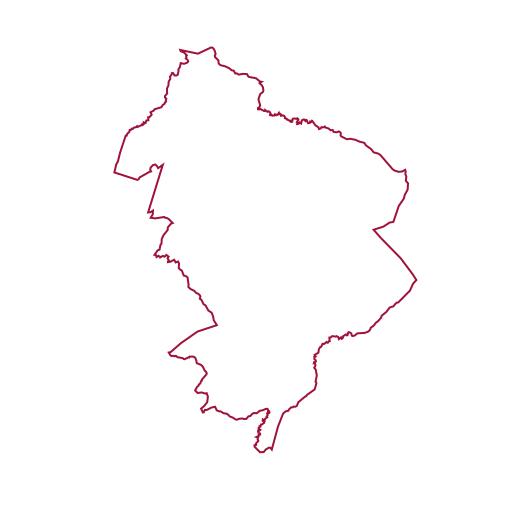 outline of Mpohor, Western, Ghana, rotated 107°
{"feature_id": "2480657B89256099008264", "entity_name": "Mpohor", "entity_type": "district", "adm_level": 2, "iso_a3": "GHA", "parent_name": "Ghana", "parent_adm1": "Western", "projection": "orthographic", "projection_center": [-1.858, 5.058], "detail": "fine", "context": "isolated", "style": "outline", "palette": "rose", "viewbox_px": 512, "rotation_deg": 107, "n_neighbors": 0, "source": "geoboundaries", "source_scale": "gbopen_adm2", "svg_char_len": 6095}
<svg xmlns="http://www.w3.org/2000/svg" viewBox="0 0 512 512"><g transform="rotate(107 256 256)"><path d="M437.4,202.1L438.8,201.6L442.5,194.8L441.2,191.3L438.1,190.0L435.5,187.6L435.2,186.1L436.5,184.3L412.8,185.1L398.8,184.0L396.1,182.4L394.5,179.8L393.3,179.7L390.5,178.2L390.0,176.7L389.0,176.0L388.6,174.2L387.3,173.1L383.5,172.8L376.3,168.1L375.4,167.0L374.0,166.7L366.5,160.9L360.5,161.0L359.6,161.2L358.8,162.3L352.6,162.9L347.3,165.6L345.8,167.7L344.1,167.1L342.5,167.4L341.4,168.4L341.7,169.3L340.4,169.3L340.2,168.3L339.3,167.9L338.2,168.5L337.6,169.9L335.7,170.7L334.9,169.8L334.7,170.5L334.1,170.2L333.4,171.0L330.3,168.1L326.8,168.6L324.3,168.0L323.7,167.1L320.5,166.7L320.3,165.3L317.6,163.4L318.1,162.4L317.7,161.8L315.6,161.2L315.6,160.7L312.6,162.0L312.2,160.9L310.4,159.8L309.7,156.0L309.1,155.5L309.4,153.7L311.3,152.4L308.9,150.9L310.1,149.8L309.8,149.5L308.8,149.0L307.2,149.2L304.7,147.1L304.6,146.6L305.3,145.9L305.0,145.3L302.2,145.5L301.6,144.9L302.1,142.3L304.1,141.1L304.3,140.2L303.2,138.3L300.3,136.4L297.7,129.4L295.1,126.2L293.0,125.3L291.0,125.3L288.3,123.1L284.9,121.9L282.2,120.0L278.3,118.3L276.4,118.4L271.4,115.0L266.2,113.1L263.9,109.8L261.6,109.0L259.6,107.9L258.8,106.4L244.2,98.7L236.5,97.7L232.1,95.6L227.6,100.9L215.9,116.9L202.2,142.0L196.5,151.2L190.7,142.8L185.0,138.0L183.2,134.6L166.4,134.1L157.8,131.4L153.9,131.6L148.2,130.4L142.1,131.8L140.3,134.7L136.0,135.5L133.9,137.2L131.4,137.6L130.0,138.5L132.5,141.0L133.8,144.2L133.8,148.3L133.1,150.7L122.9,166.8L122.3,169.5L122.5,173.8L120.2,177.0L117.9,183.6L116.1,185.4L116.4,190.2L115.8,195.0L116.4,200.4L117.8,203.2L116.7,209.4L116.1,210.3L113.6,210.9L113.1,211.4L112.7,213.3L114.2,215.1L114.6,218.2L113.1,219.4L113.9,221.5L112.8,224.0L112.8,227.5L112.1,228.0L113.4,229.4L113.6,231.0L115.2,231.5L116.2,232.9L114.7,233.9L113.7,237.3L110.5,241.5L111.1,241.9L110.7,242.3L111.8,242.8L111.7,243.5L112.8,243.3L113.8,245.0L111.1,247.4L111.3,248.1L112.4,248.3L111.3,250.1L112.8,251.8L116.1,251.6L115.5,253.4L117.1,253.9L117.8,255.2L116.2,255.4L116.0,256.1L113.9,255.4L113.3,256.2L112.8,255.7L112.2,256.7L113.1,258.0L113.2,259.5L114.1,261.0L117.0,260.6L117.4,261.3L116.6,262.2L117.3,262.4L116.2,265.7L116.5,266.0L115.9,266.8L115.8,268.6L115.0,268.6L113.8,270.0L113.6,271.2L114.6,273.0L113.3,273.6L113.0,274.5L113.6,274.6L113.6,275.4L112.6,276.0L114.7,276.6L114.9,277.8L115.5,278.0L115.2,278.8L115.8,279.2L115.4,279.5L116.3,279.8L117.0,281.4L116.4,282.5L117.1,283.0L117.1,283.8L115.2,284.0L114.0,285.4L114.0,286.6L114.8,287.2L113.7,290.0L114.7,289.9L115.0,290.5L114.0,295.7L114.9,295.9L115.1,297.0L114.0,297.4L114.1,297.9L112.8,296.2L110.6,296.1L105.8,299.3L104.3,299.5L99.9,299.3L97.1,297.3L95.6,297.3L92.6,298.7L91.0,300.5L89.6,303.2L87.8,301.7L88.0,303.0L86.0,308.0L86.8,315.0L86.4,316.1L84.7,317.7L85.6,321.7L87.6,325.5L87.0,327.9L87.5,329.3L85.3,331.4L85.5,333.6L84.3,336.3L83.6,341.1L83.9,345.8L82.8,348.0L79.9,349.2L77.7,353.4L76.3,354.0L74.7,353.7L72.4,355.0L70.4,356.8L69.5,358.5L69.7,359.9L79.5,370.7L81.1,388.7L82.1,387.9L82.5,384.1L84.4,380.8L85.3,381.3L86.4,380.6L87.6,380.9L88.4,378.9L89.6,377.7L91.1,378.2L93.2,380.9L93.6,384.4L97.5,384.0L100.2,384.8L101.9,384.1L105.7,383.9L106.6,384.8L107.2,386.6L105.2,389.0L105.7,389.9L107.6,389.9L109.6,390.7L111.6,389.7L114.7,390.5L118.6,389.6L121.9,390.1L126.6,388.5L129.7,389.8L131.1,389.3L131.9,387.7L133.5,387.8L134.7,387.2L135.9,388.0L137.1,387.9L138.8,389.3L141.4,390.0L145.3,395.9L146.7,396.2L149.4,398.9L151.4,397.1L154.6,398.6L154.9,399.7L157.7,398.6L158.4,400.4L160.1,400.7L160.9,400.4L161.4,401.0L161.1,402.2L162.2,401.7L163.7,402.6L163.1,403.3L164.5,403.9L166.8,406.5L166.5,407.7L166.9,407.9L167.3,407.3L169.0,410.4L170.2,410.8L170.6,412.1L171.2,411.9L172.3,412.9L172.4,413.6L174.6,413.5L176.6,414.8L178.8,414.9L179.0,415.8L197.0,416.2L205.9,415.7L209.3,416.4L217.5,415.9L217.9,391.7L216.9,390.7L214.8,390.2L206.5,382.3L205.8,381.1L204.4,382.4L202.2,382.6L199.2,381.1L198.0,379.2L198.7,377.3L200.6,375.3L196.1,371.8L245.9,371.9L245.0,369.7L242.7,367.8L246.3,366.9L250.2,367.9L249.5,363.4L245.5,355.1L246.0,354.3L245.7,352.3L246.1,350.5L248.8,345.3L249.9,346.7L254.4,348.7L257.0,348.1L263.0,350.5L267.2,351.1L272.0,350.0L273.4,350.6L278.2,350.1L279.3,351.7L284.6,353.4L284.5,351.8L286.1,350.8L284.3,349.2L284.8,348.6L284.7,347.4L285.3,347.1L283.1,345.1L283.4,343.3L281.2,342.0L282.2,339.4L284.0,339.9L285.9,337.9L286.9,338.6L287.6,338.4L286.5,336.2L283.5,333.2L285.6,330.9L284.1,328.9L285.9,327.3L290.0,326.4L291.0,325.1L291.7,322.6L295.8,319.4L295.7,317.3L296.5,315.2L303.1,312.1L305.3,311.7L306.7,309.0L307.4,304.7L308.8,302.5L309.0,300.2L310.0,298.2L310.8,297.4L313.3,297.2L313.8,295.4L317.5,292.0L318.0,289.8L322.1,285.6L323.2,281.8L326.3,279.4L329.8,277.6L333.6,273.2L345.3,289.8L361.3,302.3L372.8,309.5L373.8,311.2L376.0,308.8L376.3,307.4L375.6,305.6L375.7,304.4L374.9,303.5L375.7,301.4L375.1,296.3L375.7,294.9L375.6,294.1L372.6,290.9L372.6,290.2L371.6,290.0L370.6,286.9L370.8,285.1L371.0,284.4L373.5,282.5L375.8,281.3L376.2,276.6L377.5,274.4L380.5,271.6L381.5,269.7L382.6,268.8L383.7,268.8L390.0,271.6L391.1,271.3L391.8,272.0L394.2,272.0L395.6,273.1L396.7,273.0L398.7,274.2L402.4,274.9L404.1,271.8L402.4,268.1L402.4,264.3L401.6,263.1L404.5,260.9L410.0,259.9L414.8,261.8L418.0,263.9L421.2,261.0L420.8,260.3L418.1,259.9L417.6,258.0L414.2,254.6L412.1,251.1L415.1,248.4L415.3,245.8L414.9,244.6L415.8,241.2L415.4,237.4L417.1,234.1L417.3,231.0L418.3,227.7L418.1,226.4L416.7,224.7L415.4,221.7L415.4,219.8L414.6,217.6L411.6,216.4L410.6,214.6L408.2,213.5L406.7,212.1L406.2,209.3L403.1,207.3L401.4,204.3L399.4,202.0L398.8,200.3L400.2,199.1L401.4,199.0L400.6,198.2L401.5,197.4L402.4,197.6L403.4,199.3L404.6,198.3L406.3,198.9L406.8,198.1L409.4,199.9L410.8,199.6L410.3,201.7L411.7,201.4L412.1,200.0L413.1,199.4L415.5,201.2L415.8,202.0L417.7,201.9L417.8,202.8L418.5,202.5L419.8,203.3L420.3,203.0L421.0,201.0L422.1,201.7L422.1,202.8L422.8,202.9L424.3,202.1L424.6,200.2L425.5,199.8L426.3,201.1L427.2,200.7L428.9,202.6L428.9,201.0L430.6,201.0L432.1,199.7L435.3,201.2L436.7,200.7L437.4,202.1Z" fill="none" stroke="#9f1239" stroke-width="2"/></g></svg>